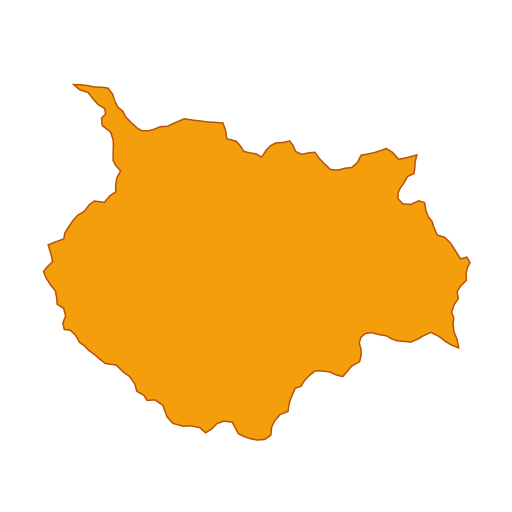 the district of Carvalhos, Minas Gerais, Brazil, rotated 266°
{"feature_id": "56859067B78944431243735", "entity_name": "Carvalhos", "entity_type": "district", "adm_level": 2, "iso_a3": "BRA", "parent_name": "Brazil", "parent_adm1": "Minas Gerais", "projection": "albers", "projection_center": [-44.48, -22.028], "detail": "fine", "context": "isolated", "style": "filled", "palette": "amber", "viewbox_px": 512, "rotation_deg": 266, "n_neighbors": 0, "source": "geoboundaries", "source_scale": "gbopen_adm2", "svg_char_len": 2648}
<svg xmlns="http://www.w3.org/2000/svg" viewBox="0 0 512 512"><g transform="rotate(266 256 256)"><path d="M150.2,451.8L159.1,450.7L166.5,448.2L174.2,447.8L180.4,449.0L186.2,447.2L193.3,450.1L199.8,455.0L206.3,454.0L211.7,458.0L217.1,464.2L224.3,464.4L229.4,466.0L234.5,469.0L240.2,466.2L238.8,459.8L245.3,456.4L255.1,451.1L261.6,445.4L264.2,438.3L272.2,435.4L278.4,434.0L282.9,430.7L289.2,428.7L297.5,427.9L299.7,422.3L296.6,413.8L297.8,406.0L303.2,401.7L309.4,402.3L314.2,405.0L318.8,408.9L324.9,412.8L327.1,419.3L332.2,420.5L338.7,421.3L345.6,423.5L343.8,414.3L342.5,405.1L349.8,399.5L354.2,393.4L352.5,387.9L351.1,382.0L349.9,374.7L349.3,367.9L342.4,363.9L337.6,357.7L337.4,351.0L336.0,343.9L337.1,336.3L344.0,330.0L349.5,325.5L355.3,322.1L355.3,316.0L354.2,308.8L357.6,302.7L363.3,300.9L368.4,297.6L367.3,290.4L367.5,283.7L365.0,278.1L360.8,273.5L354.2,268.6L357.9,263.3L359.3,257.2L361.1,251.3L366.1,248.6L371.9,244.3L375.0,235.1L383.0,234.5L391.0,232.3L392.3,223.8L393.0,217.2L394.4,210.8L395.9,202.8L397.9,194.0L394.5,184.2L391.6,176.7L391.6,169.3L389.4,162.8L388.4,157.3L389.0,150.6L392.1,146.2L397.6,141.0L404.4,135.3L409.6,133.4L414.0,128.7L420.0,126.1L427.5,124.2L433.8,120.1L435.2,113.4L435.8,106.6L437.5,101.1L438.9,94.1L439.7,86.1L434.2,91.6L430.9,99.8L424.0,104.5L418.0,109.1L413.5,115.5L408.2,115.8L404.4,111.6L396.9,111.6L389.9,119.6L381.6,121.6L375.9,121.4L368.8,120.7L361.2,120.1L356.2,122.3L350.3,126.9L343.7,122.6L336.8,121.0L329.9,120.6L326.3,114.5L320.1,108.4L322.1,98.6L318.8,93.3L312.9,88.2L308.9,80.8L303.8,75.6L298.4,71.2L292.4,67.0L286.4,65.4L284.1,57.0L281.6,49.4L273.6,51.3L264.7,52.8L259.8,47.0L255.3,43.0L248.7,45.1L241.8,48.8L235.3,53.4L227.4,54.3L221.7,54.3L217.1,60.5L209.4,61.9L202.5,58.6L196.1,59.6L194.8,65.7L189.2,70.7L182.1,73.9L178.6,78.4L173.4,82.7L168.3,88.8L163.8,93.1L159.2,98.4L157.0,108.8L149.5,115.5L144.6,121.6L137.0,126.1L129.3,127.7L125.0,134.3L119.5,137.3L119.5,145.1L113.5,152.7L107.7,154.3L101.7,156.1L94.9,161.3L91.3,171.2L91.1,179.3L88.8,187.8L83.1,193.4L86.9,200.1L91.5,205.3L93.5,212.3L91.9,220.7L84.9,223.8L80.0,226.0L76.8,231.4L74.0,238.0L72.3,244.4L72.4,252.0L76.1,258.2L84.6,259.8L90.6,263.4L96.3,269.2L98.8,277.2L105.1,278.4L111.2,280.6L116.3,283.3L121.4,285.9L122.8,291.7L127.7,295.1L132.2,299.8L137.4,307.1L136.3,315.9L135.1,321.6L131.9,327.4L129.6,334.1L134.2,338.7L139.4,343.6L143.4,352.0L150.2,354.1L156.4,354.1L161.9,352.9L167.6,355.0L171.0,359.6L171.5,365.7L169.0,373.2L167.3,380.5L163.9,385.5L161.6,391.0L160.4,398.0L159.3,404.2L161.6,411.3L164.7,417.4L167.6,425.0L163.1,432.8L157.3,439.3L153.6,444.7L150.2,451.8Z" fill="#f59e0b" stroke="#b45309" stroke-width="1.5"/></g></svg>